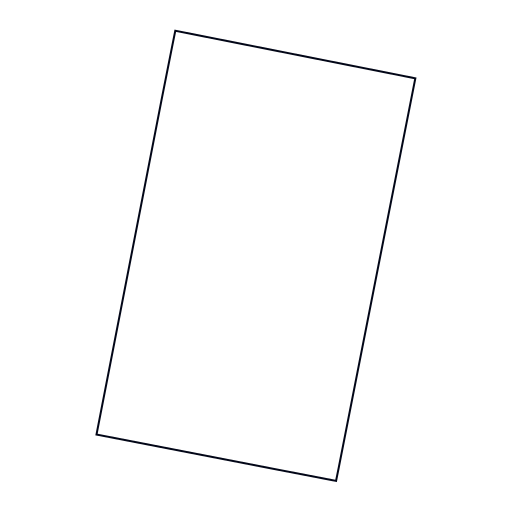 the district of Ransom, North Dakota, United States of America, rotated 101°
{"feature_id": "52423323B99125508310727", "entity_name": "Ransom", "entity_type": "district", "adm_level": 2, "iso_a3": "USA", "parent_name": "United States of America", "parent_adm1": "North Dakota", "projection": "equal_earth", "projection_center": [-97.685, 46.457], "detail": "fine", "context": "isolated", "style": "outline", "palette": "ink", "viewbox_px": 512, "rotation_deg": 101, "n_neighbors": 0, "source": "geoboundaries", "source_scale": "gbopen_adm2", "svg_char_len": 282}
<svg xmlns="http://www.w3.org/2000/svg" viewBox="0 0 512 512"><g transform="rotate(101 256 256)"><path d="M51.2,133.5L50.3,378.2L65.5,378.3L118.7,378.5L461.7,378.5L461.6,195.1L461.5,134.5L448.2,134.4L242.7,134.0L51.2,133.5Z" fill="none" stroke="#020617" stroke-width="2"/></g></svg>